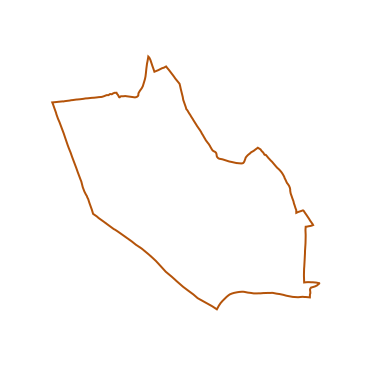 outline of Binh Minh, Vĩnh Long, Vietnam, rotated 338°
{"feature_id": "81297802B92843974613199", "entity_name": "Binh Minh", "entity_type": "district", "adm_level": 2, "iso_a3": "VNM", "parent_name": "Vietnam", "parent_adm1": "Vĩnh Long", "projection": "natural_earth1", "projection_center": [105.858, 10.046], "detail": "fine", "context": "isolated", "style": "outline", "palette": "amber", "viewbox_px": 384, "rotation_deg": 338, "n_neighbors": 0, "source": "geoboundaries", "source_scale": "gbopen_adm2", "svg_char_len": 4724}
<svg xmlns="http://www.w3.org/2000/svg" viewBox="0 0 384 384"><g transform="rotate(338 192 192)"><path d="M215.0,65.9L212.4,66.2L210.8,66.0L206.2,66.4L203.8,66.4L202.2,66.4L202.4,62.9L202.5,60.3L202.8,55.6L202.9,54.0L202.8,52.2L202.7,51.3L202.2,50.1L201.8,50.8L199.6,54.3L198.4,56.1L195.8,60.7L193.8,64.5L192.2,67.4L190.8,69.5L189.4,71.3L186.0,75.5L184.2,77.0L181.8,78.5L179.8,80.0L179.1,80.8L178.7,81.7L178.4,82.3L177.9,82.7L176.8,83.1L175.6,83.1L174.5,82.9L172.3,81.6L167.2,78.7L166.0,78.0L164.8,77.7L163.4,77.2L162.2,76.7L161.5,76.6L160.5,77.1L160.1,77.0L159.9,76.6L159.8,75.3L159.7,74.2L159.2,72.8L159.2,71.7L158.6,71.5L158.0,71.3L157.7,71.1L157.1,71.0L156.7,71.0L156.3,71.0L155.7,71.0L155.0,71.2L154.5,71.3L154.2,71.3L154.0,71.2L153.2,70.7L152.9,70.6L152.7,70.5L152.3,70.5L151.4,70.8L150.8,70.9L150.5,70.8L149.9,70.5L149.4,70.3L149.0,70.2L148.3,70.2L147.2,70.2L146.1,70.2L144.7,70.1L143.8,70.0L142.6,69.6L141.0,69.1L139.4,68.7L136.5,67.9L134.2,67.1L132.7,66.7L130.2,66.0L128.5,65.4L127.1,65.1L126.1,64.9L122.7,64.0L120.1,63.2L119.6,63.0L115.9,62.1L114.2,61.6L112.9,61.4L108.4,60.2L106.5,59.8L106.0,59.5L102.2,58.4L99.7,57.7L99.0,57.5L96.0,56.6L96.0,58.4L95.8,62.7L95.6,67.7L95.4,69.1L95.2,73.8L95.3,77.6L95.2,81.5L95.0,89.7L94.8,92.9L94.3,101.8L94.2,105.0L94.2,110.2L94.0,114.1L93.9,117.7L93.7,126.3L93.5,130.7L93.3,138.6L93.3,140.8L92.5,146.7L92.4,151.2L92.7,154.7L93.0,156.5L92.9,157.7L93.1,159.6L92.8,163.5L92.5,171.1L92.1,175.2L94.6,179.0L95.7,181.2L98.5,185.6L105.6,197.1L106.5,198.1L108.1,200.4L109.8,203.0L117.6,215.2L120.3,220.0L124.1,225.5L128.2,233.1L130.7,238.1L132.7,242.4L136.0,251.2L137.8,256.1L141.6,263.2L143.8,267.7L144.0,268.2L148.2,276.5L151.2,281.5L154.9,287.5L157.5,292.6L168.0,305.6L171.1,310.1L174.4,307.4L176.9,305.7L179.7,304.3L184.8,302.2L187.0,301.5L188.7,301.1L191.0,301.1L193.2,301.3L196.4,301.9L198.5,302.4L200.7,303.1L202.0,303.6L203.1,304.2L206.1,306.2L208.9,307.7L211.0,309.0L213.6,310.1L215.5,310.8L217.8,311.7L220.2,312.4L222.6,313.3L224.8,314.1L229.1,315.8L232.3,317.9L235.1,319.5L238.2,321.6L240.5,323.4L242.5,324.7L246.1,327.0L250.9,329.3L255.3,330.6L256.8,331.4L258.6,332.2L261.1,333.5L261.4,333.7L261.8,333.9L262.9,331.3L263.9,330.0L264.5,328.1L264.7,327.1L265.1,326.3L265.7,325.8L266.2,325.4L266.5,325.3L266.6,325.2L266.9,325.2L267.1,325.3L268.3,325.4L269.3,325.5L270.3,325.6L271.3,325.6L272.1,325.5L272.7,325.5L273.4,325.3L274.5,324.9L275.3,324.7L275.7,324.5L275.8,324.3L275.8,324.2L273.2,322.5L270.3,321.0L268.6,320.3L266.5,319.3L264.6,318.6L262.1,317.9L264.3,311.9L264.9,310.4L267.2,305.1L268.1,303.3L270.6,298.0L271.3,296.5L273.9,290.9L274.6,289.2L277.3,283.6L278.1,281.9L280.3,276.8L281.3,274.4L282.9,269.9L283.6,268.4L284.4,266.8L285.1,267.0L285.7,267.2L287.1,267.4L288.4,267.7L289.5,267.9L290.6,268.0L291.9,268.0L291.8,267.0L290.8,262.8L290.5,260.8L289.5,256.0L289.1,254.3L288.7,252.5L288.6,251.7L288.3,251.0L288.0,250.6L285.9,250.5L282.8,250.3L280.9,250.4L281.3,249.3L281.9,247.8L281.9,245.8L282.2,242.1L282.2,241.0L282.6,238.6L282.7,235.0L282.8,233.6L282.9,231.0L283.0,230.0L283.5,227.7L284.0,226.4L284.3,224.8L284.3,223.7L284.3,222.6L283.8,220.3L283.5,219.4L283.4,218.5L283.3,216.0L283.1,213.7L283.2,212.4L283.0,210.6L282.7,208.6L282.3,206.9L282.0,206.0L281.6,204.8L281.2,203.8L280.7,202.7L280.2,201.8L279.6,200.2L279.2,199.0L278.5,196.9L277.5,193.8L277.0,192.8L276.5,191.5L276.0,190.1L275.6,189.2L275.1,187.5L274.5,185.7L274.4,185.4L274.2,185.1L273.9,185.0L273.5,184.9L273.2,184.6L273.1,184.2L273.0,183.4L272.9,182.6L272.8,182.2L272.5,181.3L272.2,180.8L272.0,180.3L271.7,179.2L271.5,178.2L269.6,175.6L268.6,175.9L266.9,176.3L264.8,176.9L262.9,177.2L262.1,177.2L261.0,177.6L260.9,177.6L260.1,178.0L259.2,178.2L257.6,178.7L255.9,179.5L255.2,179.9L254.7,180.2L253.5,181.6L252.3,182.9L251.6,183.6L250.4,184.3L249.6,184.3L248.4,184.0L246.6,183.1L244.3,181.9L244.2,181.9L242.6,180.8L240.3,179.2L239.4,178.6L238.0,177.7L236.3,176.3L234.4,174.7L232.6,173.2L231.4,172.4L230.1,171.6L229.4,171.0L228.9,170.3L228.6,169.5L228.4,168.8L228.4,168.5L228.4,168.1L228.7,166.8L228.9,166.0L229.0,164.9L228.9,164.6L228.8,164.1L228.4,163.4L227.9,162.9L227.2,162.0L226.7,161.3L226.3,159.5L226.2,158.6L225.9,156.6L225.9,156.1L225.8,155.5L225.4,153.4L225.1,152.6L224.5,150.3L224.2,149.3L224.0,147.5L223.9,147.0L223.5,144.3L223.5,143.7L223.3,142.9L223.0,141.3L223.0,140.3L222.7,138.5L222.6,137.9L222.0,135.3L221.8,134.4L221.3,132.2L221.2,131.3L220.8,129.2L220.7,128.6L220.2,125.9L220.1,125.0L219.7,122.9L219.5,121.9L219.2,119.7L218.9,118.4L218.6,116.7L218.4,115.0L218.1,113.8L217.8,113.1L217.8,112.8L218.0,111.2L218.4,103.2L219.0,100.5L220.2,92.1L220.7,89.2L221.0,87.0L219.0,80.5L218.5,78.2L216.3,70.1L215.5,67.7L215.4,67.3L215.0,65.9Z" fill="none" stroke="#b45309" stroke-width="2"/></g></svg>